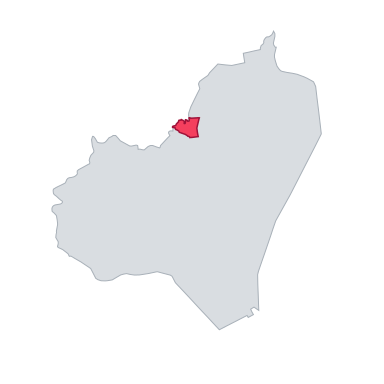 Badra, Wasit, Iraq (highlighted), rotated 258°
{"feature_id": "34846034B90360229888797", "entity_name": "Badra", "entity_type": "district", "adm_level": 2, "iso_a3": "IRQ", "parent_name": "Iraq", "parent_adm1": "Wasit", "projection": "mercator", "projection_center": [46.047, 33.067], "detail": "fine", "context": "in_parent", "style": "filled", "palette": "rose", "viewbox_px": 384, "rotation_deg": 258, "n_neighbors": 0, "source": "geoboundaries", "source_scale": "gbopen_adm2", "svg_char_len": 5136}
<svg xmlns="http://www.w3.org/2000/svg" viewBox="0 0 384 384"><g transform="rotate(258 192 192)"><path d="M154.6,58.6L157.4,57.9L162.6,53.5L165.6,49.5L166.6,49.1L169.3,50.4L171.2,50.8L175.7,49.3L178.4,50.1L180.6,51.1L181.9,51.2L187.9,53.7L189.4,54.0L192.5,54.3L197.1,54.5L200.0,52.8L202.1,51.2L203.6,51.3L205.1,51.6L206.3,52.3L207.3,53.5L207.8,55.2L207.6,60.7L208.0,62.1L208.8,63.1L209.9,63.3L211.1,62.1L213.3,60.4L216.0,58.5L218.0,56.8L219.2,56.2L221.0,56.3L222.8,56.6L223.8,57.4L223.8,57.7L224.7,60.2L227.1,69.7L228.4,70.9L230.0,71.9L231.1,73.3L231.5,74.8L231.3,77.0L231.4,79.5L232.0,81.5L232.9,82.9L233.7,83.7L235.0,83.8L236.4,84.1L237.4,85.6L240.6,96.3L240.9,97.7L242.2,98.2L244.4,98.0L246.6,99.1L249.0,100.8L251.3,104.1L252.8,104.6L257.5,104.1L264.0,104.6L267.1,106.3L266.8,107.3L264.4,108.5L260.3,109.8L259.1,112.1L258.4,115.1L258.5,116.8L259.5,118.6L262.4,122.2L262.6,123.6L263.1,125.4L263.7,126.6L263.1,129.1L260.4,130.7L257.0,132.5L250.0,140.6L249.5,142.3L249.5,147.1L248.8,148.5L246.6,148.4L244.9,148.2L244.8,149.9L243.7,152.1L243.1,154.0L245.6,158.5L246.1,160.9L245.7,163.1L243.3,166.9L241.9,169.4L242.2,170.0L244.1,171.0L249.9,179.3L251.7,182.1L254.1,181.4L255.0,181.4L255.8,181.9L256.2,182.9L256.2,184.1L255.6,186.0L258.7,186.7L259.8,188.6L263.4,195.0L263.3,196.9L261.5,199.9L261.5,201.9L261.9,203.7L262.5,204.3L267.8,204.6L270.1,205.3L275.6,208.6L281.9,213.5L287.1,217.6L291.4,221.1L296.2,220.8L297.4,221.5L298.6,222.5L300.0,225.4L302.7,231.8L305.0,234.0L308.5,239.1L311.8,243.9L309.6,250.4L307.5,257.2L307.5,265.9L307.5,270.5L312.0,270.7L317.0,271.0L317.0,276.5L317.1,282.1L317.1,288.5L318.6,288.8L320.9,290.1L321.9,292.2L323.2,293.3L324.7,293.5L326.2,294.5L327.7,296.3L328.2,297.7L327.8,298.7L328.1,300.3L329.2,302.7L330.4,303.8L332.4,305.2L329.7,306.0L326.9,305.4L320.8,302.6L318.8,302.5L316.2,303.6L316.1,304.5L309.6,301.4L307.3,300.8L306.5,300.7L302.8,300.8L297.5,301.3L294.4,302.6L292.2,303.9L291.2,305.3L290.9,306.0L289.2,309.8L287.3,314.8L285.3,319.3L281.3,325.6L279.2,328.4L274.5,333.8L269.5,334.9L257.8,333.8L244.8,332.7L231.9,331.5L222.4,330.6L221.6,330.3L212.1,322.7L204.6,316.6L195.3,309.0L185.7,301.2L176.0,293.3L168.9,287.5L160.4,280.1L152.6,273.3L146.4,267.9L138.6,263.2L132.4,259.6L123.4,254.2L116.2,249.9L110.1,246.2L100.6,240.5L97.5,239.0L87.6,237.1L78.3,235.5L68.7,233.8L62.3,232.7L66.5,228.7L65.2,225.0L62.1,225.7L59.3,226.6L57.6,220.9L59.8,220.2L57.8,212.8L55.7,205.1L53.7,197.7L51.6,190.1L59.7,185.2L65.8,181.6L74.3,176.4L82.5,171.5L90.4,166.8L99.0,161.6L106.7,156.9L113.7,155.0L115.2,153.5L118.4,147.1L121.2,141.6L121.3,140.4L121.3,132.6L121.8,123.4L122.7,118.5L124.3,114.2L125.8,111.0L125.9,108.0L125.7,105.0L124.2,100.4L122.6,95.7L122.8,91.0L123.1,88.6L124.1,84.6L125.8,81.7L127.6,79.9L134.3,78.1L138.2,77.0L143.6,71.8L146.7,68.8L151.1,63.9L154.4,60.3L154.6,59.1L154.6,58.6Z" fill="#d9dde1" stroke="#a8b0b8" stroke-width="1"/><path d="M265.1,204.5L264.6,204.4L264.2,204.4L263.8,204.5L263.7,204.4L263.3,204.4L263.1,204.3L262.9,204.2L262.5,204.1L262.3,204.0L262.1,203.9L262.0,203.7L262.0,203.4L262.1,203.2L262.1,202.7L262.2,202.4L262.4,202.3L262.5,202.3L262.9,202.3L262.9,202.2L263.0,202.2L263.3,201.9L263.6,201.6L263.8,201.2L264.0,201.0L264.0,200.9L264.0,200.7L263.8,200.7L263.6,200.7L263.2,200.6L262.8,200.5L262.7,200.4L262.4,200.3L262.2,200.1L261.9,200.0L261.6,200.0L261.4,200.0L261.2,199.9L260.7,199.7L260.5,199.3L260.6,199.2L260.6,198.8L260.6,198.7L260.8,198.6L261.0,198.6L261.2,198.8L261.4,198.8L261.8,199.0L262.1,199.1L262.5,199.1L262.9,199.1L263.1,198.9L263.4,198.7L263.6,198.4L263.9,198.1L264.0,198.0L264.3,197.6L264.4,197.4L264.5,197.3L264.7,197.1L265.0,196.9L265.1,196.6L265.1,196.4L264.9,196.3L264.6,196.3L264.6,196.2L264.6,195.7L264.8,195.0L264.8,194.8L264.9,194.5L264.9,194.3L264.9,194.2L264.6,193.9L264.4,193.8L263.9,193.5L263.5,193.4L263.2,193.1L263.1,192.8L262.8,192.3L262.3,191.6L261.9,191.0L261.6,190.7L261.4,190.6L261.0,190.4L260.7,190.0L260.5,189.7L260.4,189.4L260.4,188.8L260.3,188.5L260.3,188.3L260.3,188.2L260.4,187.8L260.3,187.5L260.3,187.2L260.2,187.0L260.2,186.8L260.1,186.7L259.8,186.5L259.6,186.5L259.4,186.4L259.2,186.5L258.5,188.2L258.3,188.8L257.6,188.8L257.2,188.9L256.5,189.1L256.3,189.5L256.1,189.8L255.9,190.2L255.8,190.3L255.4,190.5L255.1,191.0L254.7,191.5L254.4,191.7L254.1,191.8L253.9,191.8L253.7,191.9L253.1,192.0L252.8,192.4L252.1,193.6L251.6,194.3L251.3,194.9L250.6,196.0L250.2,196.7L250.0,197.1L249.6,197.5L249.1,198.1L248.7,198.5L248.1,199.1L247.9,199.3L247.5,199.4L247.2,200.0L247.0,200.4L246.9,200.6L246.6,200.9L246.0,201.2L245.7,201.2L245.6,202.0L245.4,203.3L244.9,209.6L245.3,209.6L246.0,209.6L249.3,209.7L251.8,209.9L253.5,210.0L254.8,210.6L262.4,214.2L262.5,214.3L262.8,214.4L263.0,214.6L263.2,214.4L263.2,214.2L263.2,213.8L263.3,213.5L263.4,213.0L263.4,212.8L263.5,212.4L263.5,211.8L263.6,211.4L263.7,211.0L263.7,210.6L263.8,210.4L263.8,210.1L263.9,209.7L263.9,209.3L264.0,209.0L264.0,208.6L264.1,208.3L264.1,208.0L264.2,207.7L264.2,207.4L264.3,207.2L264.3,206.8L264.4,206.6L264.4,206.3L264.4,206.2L264.5,205.9L264.8,205.6L265.1,205.4L265.1,205.2L265.2,204.8L265.1,204.7L265.1,204.5Z" fill="#f43f5e" stroke="#9f1239" stroke-width="1.5"/></g></svg>